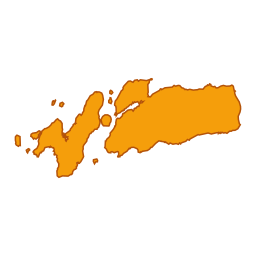 the district of Alor, Nusa Tenggara Timur, Indonesia
{"feature_id": "22746128B1117135414899", "entity_name": "Alor", "entity_type": "district", "adm_level": 2, "iso_a3": "IDN", "parent_name": "Indonesia", "parent_adm1": "Nusa Tenggara Timur", "projection": "equal_earth", "projection_center": [124.34, -8.333], "detail": "fine", "context": "isolated", "style": "filled", "palette": "amber", "viewbox_px": 256, "rotation_deg": 0, "n_neighbors": 0, "source": "geoboundaries", "source_scale": "gbopen_adm2", "svg_char_len": 5816}
<svg xmlns="http://www.w3.org/2000/svg" viewBox="0 0 256 256"><path d="M146.5,80.6L140.4,79.8L138.4,81.1L137.3,79.8L134.6,80.3L133.0,82.3L130.3,81.0L128.3,81.3L123.9,86.0L123.0,87.6L123.2,88.5L122.5,90.0L121.4,90.7L117.1,98.8L115.3,101.0L114.6,104.4L114.7,105.3L115.7,106.1L116.1,108.0L116.3,115.6L117.5,113.7L120.2,112.6L122.0,110.9L122.9,111.0L123.2,110.2L124.3,110.1L124.5,108.9L125.9,108.5L126.7,107.4L128.2,106.6L129.8,104.9L131.0,104.4L131.5,104.8L132.8,102.3L133.6,103.2L134.5,101.9L135.4,102.4L137.7,101.6L138.8,103.2L140.1,102.8L140.4,101.5L141.3,100.7L142.5,101.9L143.1,101.7L142.1,102.8L140.6,102.9L139.3,104.0L139.3,105.1L138.8,106.4L138.1,106.2L137.0,106.8L135.8,108.4L135.2,108.1L134.2,108.6L134.1,109.7L133.1,111.1L131.8,109.5L128.0,110.1L123.8,113.5L123.2,113.3L122.6,114.1L122.3,115.9L119.9,118.3L119.1,118.6L117.7,118.2L116.4,119.3L115.8,122.6L115.9,124.4L115.1,126.4L114.7,126.3L114.7,127.0L113.3,129.4L110.1,133.2L110.3,134.9L109.4,136.8L106.8,139.2L105.8,141.3L105.4,141.2L105.1,146.6L104.7,147.6L106.2,148.9L107.7,151.9L108.9,152.7L110.8,152.8L110.9,151.9L112.0,151.6L114.2,152.7L117.4,151.5L118.2,151.8L118.7,153.3L118.6,154.7L117.7,156.5L118.0,157.0L120.0,156.7L120.0,155.6L121.9,155.3L123.6,153.3L126.9,151.3L129.2,148.3L129.8,148.8L131.2,147.4L133.8,147.3L137.1,148.7L138.0,150.0L138.2,152.1L140.1,152.7L140.6,151.9L141.4,152.1L142.4,151.3L147.4,150.5L149.7,149.0L150.8,147.4L151.8,147.4L155.6,143.4L158.8,140.9L160.7,141.2L160.6,140.5L161.1,141.4L165.2,141.9L164.9,142.4L166.1,142.5L168.8,144.2L170.1,143.0L172.9,144.2L176.2,143.6L178.4,144.3L179.5,143.0L180.6,143.9L180.8,143.3L182.3,142.5L185.8,141.3L187.5,139.5L189.3,140.2L190.0,139.0L198.1,134.6L199.1,135.0L208.1,133.0L211.3,134.0L216.8,132.7L218.2,132.7L218.3,133.3L218.9,132.4L219.7,133.2L220.3,132.6L220.6,133.2L221.4,132.5L221.8,132.9L222.5,132.4L223.9,133.1L225.0,132.6L227.0,133.3L229.6,131.2L231.3,131.2L232.6,130.4L235.0,130.3L237.8,128.8L240.3,124.7L239.4,123.8L238.4,119.6L238.2,116.3L240.0,112.1L240.6,109.1L240.5,106.3L239.2,101.9L235.6,96.0L234.7,93.3L234.7,91.7L235.3,91.2L234.7,90.5L234.2,90.7L233.3,86.2L231.9,85.1L230.0,86.0L226.3,86.2L223.4,85.4L220.8,86.1L217.9,87.8L216.1,87.9L214.8,86.4L213.6,86.8L211.1,86.0L210.8,84.5L209.6,83.9L208.8,85.3L207.5,84.9L207.1,85.7L205.2,86.5L203.0,89.2L199.2,89.0L197.5,89.7L193.2,90.1L189.8,89.3L187.5,89.9L185.8,89.2L185.0,89.6L183.5,88.2L181.8,87.8L179.8,85.6L178.2,85.4L175.6,86.2L174.1,85.4L172.2,87.1L164.9,87.8L161.7,89.6L161.2,88.9L160.4,88.9L159.5,90.4L152.6,94.2L150.4,96.9L148.0,96.6L148.5,95.9L147.6,94.0L148.2,92.3L147.8,84.5L149.2,82.6L149.5,80.4L149.0,79.8L146.5,80.6ZM97.1,129.2L97.3,128.3L98.6,127.3L100.0,122.9L99.9,120.8L98.9,117.7L99.2,116.4L98.3,113.9L98.3,112.3L99.1,109.9L102.4,105.1L103.4,99.4L102.6,95.1L101.7,93.1L99.4,92.0L97.3,91.9L96.9,92.4L96.3,91.7L94.7,92.1L92.9,94.3L90.3,95.7L87.8,99.9L86.6,101.1L85.7,104.9L85.3,105.8L84.9,105.6L83.9,108.8L83.8,110.9L82.5,112.9L82.1,114.2L81.1,115.3L80.0,114.1L79.0,114.4L76.0,118.3L75.4,122.6L75.8,123.1L75.2,123.1L75.1,123.9L74.6,123.6L73.2,124.6L73.2,125.5L70.3,129.3L70.2,130.4L65.5,133.8L65.2,134.5L66.0,136.5L65.7,136.8L66.3,137.4L66.9,136.8L67.8,136.8L67.4,137.8L68.0,139.0L67.0,139.4L66.4,140.7L66.2,140.2L65.7,140.7L65.5,140.4L65.5,138.0L63.1,137.1L62.9,135.1L64.1,134.5L64.0,133.4L62.5,132.9L62.4,133.5L62.2,133.8L62.1,131.7L62.6,129.5L62.2,127.9L62.1,123.4L60.5,121.0L59.3,120.5L57.6,118.8L56.2,119.7L53.8,122.5L52.0,123.1L50.8,125.1L48.8,127.0L45.8,128.6L44.8,128.6L41.9,131.1L41.3,133.6L39.9,135.8L38.3,141.1L38.8,143.3L38.6,144.9L36.9,148.4L34.6,149.9L33.2,151.5L33.2,152.0L33.6,151.9L33.9,153.2L34.3,152.6L34.1,154.1L35.7,154.7L36.3,153.8L36.0,154.7L36.9,155.3L37.2,156.8L38.3,156.9L39.7,153.4L40.7,152.4L41.1,152.8L41.6,152.4L42.0,151.4L43.6,150.8L44.9,147.6L48.2,146.8L49.3,146.7L49.4,147.2L50.3,146.5L50.4,147.2L51.2,146.8L52.4,147.8L53.5,147.7L54.2,149.4L54.1,150.2L53.4,151.1L54.3,151.4L54.7,153.2L54.3,153.5L54.1,154.7L54.6,154.9L55.0,154.2L57.0,155.5L56.6,157.3L57.5,158.5L57.1,160.8L58.8,163.7L58.6,166.9L57.5,168.5L57.7,169.2L56.9,170.9L57.2,175.8L58.9,177.3L62.5,175.9L68.1,176.1L71.2,174.2L71.6,174.5L72.4,173.6L72.7,171.5L74.3,169.5L75.5,169.2L76.5,168.1L76.3,166.7L76.9,166.3L77.5,164.8L76.8,163.1L77.0,162.7L78.1,162.3L78.6,163.3L79.3,163.3L80.8,161.7L82.9,158.0L83.6,156.6L82.6,150.9L83.2,149.0L83.1,146.7L83.8,145.0L86.7,141.3L87.2,138.7L88.3,137.5L89.3,134.6L90.0,133.6L91.0,133.4L91.5,132.2L92.9,131.7L94.7,129.3L97.1,129.2ZM107.8,114.9L104.9,114.9L102.7,116.5L101.0,119.5L102.0,123.9L102.4,124.3L102.8,123.8L102.4,124.3L103.4,125.8L108.9,126.0L109.6,124.6L109.6,123.7L110.8,121.8L111.2,119.3L110.8,117.7L110.1,116.3L107.8,114.9ZM40.2,131.5L39.7,130.9L38.7,131.0L36.5,132.6L32.7,133.2L31.1,134.3L30.8,136.3L32.2,137.2L33.5,139.1L34.3,138.3L36.0,139.1L37.8,137.6L38.8,135.8L38.4,134.9L40.1,133.2L40.2,131.5ZM20.3,145.5L20.0,136.6L17.3,135.3L16.6,135.3L15.4,136.9L15.4,140.3L15.9,142.6L15.6,143.7L16.3,145.0L18.4,146.3L19.6,145.3L20.3,145.5ZM111.9,101.5L110.8,97.8L110.1,97.7L110.1,98.6L108.7,100.7L108.8,102.6L111.0,103.6L111.9,101.5ZM96.8,159.0L93.5,159.7L93.3,161.2L94.5,163.8L95.7,161.9L97.4,161.8L97.6,160.4L96.8,159.0ZM61.7,106.8L62.7,106.1L63.0,104.7L63.6,104.4L63.8,103.6L62.4,102.3L60.1,103.3L59.6,105.8L61.7,106.8ZM54.3,103.8L55.6,100.3L55.4,100.1L54.3,102.5L53.6,100.8L52.9,101.0L52.4,101.9L52.0,104.9L53.0,105.2L54.3,103.8ZM111.4,94.1L112.8,92.6L112.1,91.3L110.7,90.3L110.2,90.6L109.8,91.7L109.9,93.4L111.4,94.1ZM29.7,150.0L29.5,149.2L28.4,148.7L26.3,150.2L26.9,152.1L27.6,152.9L28.3,151.1L29.7,150.0ZM63.8,135.0L63.4,135.8L63.5,137.0L64.2,137.4L64.7,135.6L63.8,135.0ZM115.5,115.1L115.9,113.6L115.3,113.1L114.6,114.8L115.5,115.1ZM151.8,78.7L150.4,79.0L150.2,79.5L150.9,80.0L151.9,79.7L152.2,79.1L151.8,78.7Z" fill="#f59e0b" stroke="#b45309" stroke-width="1.5"/></svg>